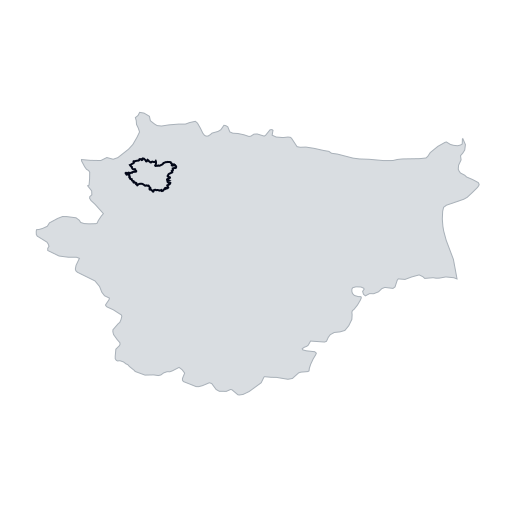 Rechytsa, Gomel, Belarus shown in context, rotated 182°
{"feature_id": "67162791B36955231142498", "entity_name": "Rechytsa", "entity_type": "district", "adm_level": 2, "iso_a3": "BLR", "parent_name": "Belarus", "parent_adm1": "Gomel", "projection": "equal_earth", "projection_center": [30.22, 52.327], "detail": "fine", "context": "in_parent", "style": "outline", "palette": "ink", "viewbox_px": 512, "rotation_deg": 182, "n_neighbors": 0, "source": "geoboundaries", "source_scale": "gbopen_adm2", "svg_char_len": 9441}
<svg xmlns="http://www.w3.org/2000/svg" viewBox="0 0 512 512"><g transform="rotate(182 256 256)"><path d="M433.8,346.3L425.0,345.8L414.4,346.0L408.5,349.2L402.1,347.7L397.5,349.5L387.1,358.3L383.0,363.1L379.1,370.4L376.7,375.9L378.1,379.7L380.0,383.3L380.4,387.1L381.4,390.1L378.8,392.3L377.3,395.5L372.9,394.9L367.4,391.9L366.3,387.5L362.1,384.4L359.4,382.9L354.9,382.6L347.6,384.0L338.1,385.1L331.0,385.4L327.1,387.0L321.3,388.5L319.1,386.7L316.0,381.7L313.4,376.8L311.6,374.7L310.0,374.1L308.1,374.2L305.9,375.7L304.2,377.3L298.2,379.2L295.5,381.0L292.6,385.5L290.7,385.2L288.7,384.1L286.5,379.1L283.4,377.9L278.4,377.8L272.2,376.7L267.2,375.2L265.3,375.6L262.3,377.7L259.1,378.0L252.0,376.1L250.6,377.0L246.4,382.6L244.5,382.9L243.4,382.2L244.1,377.3L240.0,375.6L233.1,375.3L228.2,376.0L225.8,375.8L224.6,374.9L218.8,366.7L215.6,366.2L209.9,366.6L201.6,365.6L192.0,363.8L186.8,363.1L184.1,361.3L178.2,360.7L162.4,357.2L155.9,356.6L146.3,356.6L131.8,355.8L122.4,356.2L118.1,357.4L113.1,358.1L95.8,359.0L89.5,359.9L87.7,361.7L85.5,365.4L78.1,371.9L71.0,376.2L69.7,376.6L65.7,374.3L62.4,373.5L58.4,373.2L55.6,374.0L53.8,375.1L53.8,380.1L53.4,380.5L50.6,374.6L51.1,369.2L52.9,366.1L55.1,363.4L54.4,359.2L56.7,353.8L56.9,349.8L56.1,348.1L54.6,346.1L50.2,344.0L48.3,342.3L42.3,340.0L36.4,337.1L35.5,335.4L35.8,334.2L36.9,332.4L41.8,327.2L47.0,322.0L50.3,320.0L67.5,313.4L70.2,311.2L71.0,307.3L71.1,299.5L70.3,292.4L69.3,287.5L66.5,278.4L58.6,259.5L54.3,240.1L57.6,241.2L65.6,241.7L72.0,240.3L75.3,240.1L78.2,240.5L86.6,239.5L88.6,241.2L92.3,242.8L99.7,240.5L106.3,237.8L113.0,238.1L114.0,236.8L116.0,229.9L118.0,228.4L126.1,229.1L129.1,227.8L132.3,224.5L137.1,222.4L141.1,222.4L145.3,220.0L147.3,221.6L148.2,224.4L146.7,226.7L147.3,227.6L150.1,228.7L155.0,228.7L158.2,227.7L159.0,226.4L159.0,224.1L158.3,221.9L156.3,220.0L152.4,219.0L149.7,219.0L149.3,217.8L150.3,215.3L152.9,210.5L156.0,206.3L157.8,204.7L158.2,203.2L157.9,200.6L158.0,196.0L160.9,189.5L164.6,184.7L169.4,183.1L175.2,182.3L179.0,180.0L180.9,177.3L182.6,173.2L184.5,172.4L198.5,172.9L200.7,168.7L202.0,167.6L204.7,166.4L206.6,164.9L205.9,163.8L202.4,163.0L194.0,162.4L192.3,161.0L192.9,159.4L195.3,155.1L197.6,149.7L198.8,145.5L199.0,143.0L200.2,142.3L207.0,141.5L209.3,140.7L215.3,134.9L219.8,133.9L231.3,135.4L236.6,135.3L243.3,135.7L243.9,135.1L246.4,129.5L258.0,120.4L264.1,117.2L268.0,116.5L269.3,116.7L275.4,121.5L276.8,121.7L280.9,119.7L287.9,119.5L291.2,121.2L295.8,127.0L298.2,127.7L305.1,124.5L308.9,123.4L311.3,123.4L324.2,128.0L325.2,129.4L325.2,131.1L323.2,136.5L325.9,139.8L329.0,142.0L335.6,138.3L338.1,137.3L340.8,137.3L344.3,135.9L346.9,133.8L349.4,133.1L354.2,133.6L362.8,133.1L372.8,136.4L373.6,137.4L378.6,141.1L380.4,143.0L382.1,143.6L384.7,145.5L388.3,146.6L390.8,146.3L392.0,146.9L393.1,148.4L393.2,150.9L392.8,158.0L389.3,161.7L388.8,163.0L389.0,164.6L391.9,167.7L395.6,172.5L396.4,175.3L396.4,177.3L391.4,183.5L389.8,184.9L388.6,188.0L388.0,191.1L388.4,192.3L396.8,197.3L403.1,199.9L404.5,201.2L404.6,202.0L401.3,207.3L401.0,208.8L406.0,211.0L408.8,214.4L411.3,220.1L416.1,225.5L433.9,233.5L435.5,234.9L436.1,236.6L435.5,240.4L432.4,247.5L435.4,248.5L443.3,248.2L452.8,249.1L464.3,254.2L464.4,256.4L463.2,258.5L464.1,260.7L465.3,262.5L475.3,268.2L476.3,269.8L476.5,272.6L476.3,274.6L473.6,275.0L470.5,276.0L465.6,278.4L463.6,281.9L455.6,286.6L450.7,288.7L446.7,288.8L437.2,287.9L433.8,285.5L432.4,283.4L428.8,282.4L423.9,282.3L417.3,282.7L415.9,283.3L414.8,286.0L412.0,290.5L410.0,293.0L418.6,302.0L422.9,305.7L424.3,307.9L424.2,309.5L422.2,311.4L422.5,315.3L426.7,320.3L425.3,321.1L425.0,327.3L425.1,333.9L426.2,335.5L428.5,336.8L430.4,339.3L433.6,344.8L433.8,346.3Z" fill="#d9dde1" stroke="#a8b0b8" stroke-width="1"/><path d="M351.2,318.0L350.9,318.5L350.8,318.9L350.6,319.2L350.0,319.4L349.6,319.5L349.3,319.6L348.9,319.9L349.0,320.4L349.2,320.7L349.0,320.9L348.5,320.9L348.1,320.8L348.0,320.4L347.8,320.3L347.5,320.4L347.0,320.6L346.7,320.8L346.3,321.1L346.1,321.3L346.2,321.6L346.5,321.8L346.7,322.0L346.7,322.4L346.9,322.8L347.2,323.3L347.2,323.5L346.9,323.7L346.5,323.8L346.1,324.0L345.8,324.1L345.6,324.3L345.4,324.4L345.1,324.6L344.8,324.8L344.5,325.2L344.3,325.5L344.2,326.2L344.7,326.5L345.2,326.4L345.5,326.2L345.8,326.1L346.1,326.2L346.4,326.4L346.6,326.6L347.0,327.0L347.1,327.4L347.0,327.7L346.8,327.9L346.6,328.1L346.4,328.3L345.9,328.5L346.2,328.6L346.5,328.7L347.0,328.7L347.3,328.8L347.6,329.0L347.6,329.3L347.5,329.6L346.9,330.0L346.4,330.3L345.7,330.6L345.3,330.8L345.0,331.0L344.7,331.2L344.8,331.6L345.2,331.8L345.5,331.8L346.3,332.0L346.5,332.3L346.7,332.5L347.1,332.7L347.1,333.0L346.8,333.5L346.6,333.6L346.5,334.0L346.4,334.4L346.2,334.7L345.7,335.1L345.3,335.3L344.9,335.5L344.6,335.7L344.1,335.9L343.7,336.1L343.3,336.3L342.9,336.5L342.6,336.7L342.6,337.0L342.8,337.3L343.1,337.7L343.2,338.0L342.6,338.4L342.2,338.6L342.0,338.9L342.0,339.2L342.1,339.5L342.3,339.8L342.3,340.2L342.3,340.6L341.8,340.7L341.5,340.9L341.0,341.0L340.6,341.1L340.1,341.0L339.7,341.1L339.3,341.2L339.1,341.4L339.0,341.8L338.9,342.1L338.9,342.5L339.0,342.8L339.2,343.1L339.5,343.3L339.8,343.3L340.0,343.4L339.9,343.7L340.0,344.0L340.3,344.0L340.6,344.1L340.8,344.3L341.0,344.6L341.2,344.8L341.5,344.7L341.7,343.9L341.7,343.7L342.0,343.5L342.4,343.4L342.7,343.4L343.1,343.5L343.3,343.7L343.2,343.9L343.1,344.2L343.1,344.4L343.1,344.7L343.2,344.9L343.5,345.1L343.5,345.3L343.5,345.5L344.0,345.9L344.3,346.0L344.4,346.3L344.5,346.7L344.7,346.8L345.2,346.8L345.7,346.9L346.2,346.9L346.8,346.9L347.4,346.9L347.9,346.9L348.0,346.8L348.2,346.7L348.7,346.7L349.3,346.7L349.6,346.6L349.8,346.5L350.1,346.4L350.3,346.3L350.6,346.1L351.0,345.9L351.5,345.8L351.8,345.6L352.0,345.2L352.3,344.8L352.5,344.5L353.1,344.1L353.9,343.7L354.8,343.2L355.5,342.9L355.8,342.8L356.0,342.8L356.3,342.8L356.7,343.0L356.9,343.1L357.0,343.0L357.2,342.9L357.3,342.8L357.5,342.7L357.8,342.7L358.3,342.7L358.5,342.7L358.8,342.7L359.1,342.6L359.3,342.5L359.6,342.5L359.8,342.7L359.9,342.9L359.7,343.1L359.5,343.4L359.5,343.5L359.5,343.9L359.3,344.3L359.2,345.1L359.2,346.3L359.3,346.8L359.4,347.2L359.5,347.4L359.9,346.8L360.1,346.7L360.3,346.5L360.6,346.4L361.0,346.4L361.3,346.4L361.8,346.4L362.0,346.5L362.3,346.5L362.9,346.7L363.3,346.5L363.7,346.4L363.9,346.1L364.0,345.9L364.6,345.8L364.8,345.9L365.0,346.1L365.2,346.3L365.6,346.5L365.9,346.7L366.4,347.1L366.7,347.6L367.1,347.9L367.7,348.3L367.9,347.9L368.1,347.7L368.2,347.3L368.3,347.0L368.6,346.7L368.9,346.7L369.2,346.8L369.4,347.2L369.4,347.6L369.7,347.8L370.2,348.3L370.6,348.6L371.0,348.9L371.3,349.3L371.6,349.4L372.1,349.5L372.7,349.5L372.9,349.2L373.0,348.9L373.0,348.5L373.0,348.1L373.3,348.0L373.6,347.9L373.9,348.2L373.9,348.4L374.0,348.7L374.3,348.8L374.8,348.7L375.1,348.7L375.5,348.8L375.9,348.6L376.0,348.4L375.9,348.2L376.0,347.8L376.3,347.5L376.9,347.2L377.6,347.2L378.5,347.0L379.0,346.9L379.5,346.8L379.8,346.6L380.2,346.5L380.5,346.3L380.8,346.4L381.0,346.5L381.3,346.5L381.5,346.5L381.7,346.3L381.7,346.1L381.6,345.9L381.5,345.7L381.3,345.4L381.3,345.1L381.4,344.8L381.7,344.5L382.0,344.4L382.5,344.0L383.3,343.6L384.0,343.1L384.6,342.7L385.1,342.5L384.7,341.9L384.1,341.4L383.8,341.0L383.1,340.6L383.1,339.9L382.5,339.0L382.3,338.7L381.7,338.4L381.3,338.3L381.0,338.3L380.6,338.5L380.2,338.6L379.9,338.5L379.9,338.1L379.7,337.7L379.3,337.4L378.7,336.8L378.7,336.3L379.1,336.0L380.0,336.0L380.9,335.8L381.4,335.8L382.4,335.5L382.7,335.4L382.9,334.8L383.7,334.8L384.0,334.8L384.5,334.5L384.9,334.2L385.2,334.4L385.4,334.6L385.6,334.7L386.1,334.9L386.4,334.8L386.7,334.7L387.1,334.4L387.6,334.3L388.1,334.3L388.4,334.4L388.7,334.6L388.9,334.6L389.2,334.3L389.1,334.0L388.7,333.6L388.5,333.2L388.2,332.8L387.9,332.9L387.6,333.0L386.9,333.0L386.3,332.8L385.6,332.4L385.3,332.2L385.3,331.8L385.4,331.4L385.4,331.2L385.2,330.9L385.0,330.7L385.4,330.4L385.4,330.2L385.1,329.9L384.9,329.6L384.6,329.4L384.5,329.2L384.5,328.9L384.3,328.6L383.7,328.5L383.4,328.5L382.9,328.5L382.8,328.2L382.8,327.7L382.7,327.4L382.4,327.0L382.0,326.9L381.8,326.8L381.3,326.6L380.8,326.4L380.7,326.3L380.7,326.0L380.9,325.8L381.0,325.3L380.7,325.1L380.4,325.0L380.1,325.0L379.8,325.1L379.5,325.2L378.9,325.1L378.4,324.9L378.1,324.6L378.3,324.4L378.3,324.0L378.4,323.7L378.0,323.4L377.8,323.2L377.4,322.9L377.1,322.5L376.8,322.7L376.7,322.9L376.3,323.3L376.1,323.5L375.8,323.7L375.2,323.9L374.8,324.0L374.4,324.2L374.2,324.2L373.7,324.1L373.4,324.1L373.0,324.2L372.5,324.2L372.2,324.1L371.7,323.9L371.3,323.7L371.1,323.6L370.7,323.3L370.3,323.1L369.8,322.7L369.6,322.5L369.1,322.4L368.7,322.4L368.5,322.6L368.2,322.8L367.6,322.7L367.4,322.6L367.1,322.4L366.8,322.4L366.5,322.5L366.2,322.7L365.7,322.5L365.6,322.3L365.5,322.0L365.2,321.8L365.0,321.4L364.8,321.1L364.5,320.8L364.2,320.6L364.0,320.4L363.8,320.1L363.9,319.8L364.3,319.6L364.6,319.5L364.8,319.4L364.8,319.2L364.6,318.9L364.5,318.7L364.0,318.7L363.6,318.6L363.3,318.5L362.8,318.3L362.5,318.1L362.2,317.9L362.0,317.7L361.9,317.6L361.7,317.2L361.3,316.8L361.0,316.7L360.8,316.8L360.7,317.0L360.5,317.7L360.5,318.0L360.4,318.2L360.1,318.4L359.7,318.5L359.1,318.7L358.7,318.6L358.1,318.3L357.9,318.3L357.5,318.4L357.3,318.4L356.9,318.5L356.6,318.5L356.3,318.5L356.0,318.4L355.7,318.3L355.5,318.2L355.2,318.1L354.8,318.0L354.7,318.1L354.3,318.3L354.1,318.4L353.7,318.3L353.6,318.2L353.4,318.1L353.2,318.2L353.0,318.3L352.9,318.4L352.8,318.2L352.7,317.8L352.5,317.6L352.2,317.6L351.9,317.9L351.6,317.9L351.2,318.0Z" fill="none" stroke="#020617" stroke-width="2"/></g></svg>